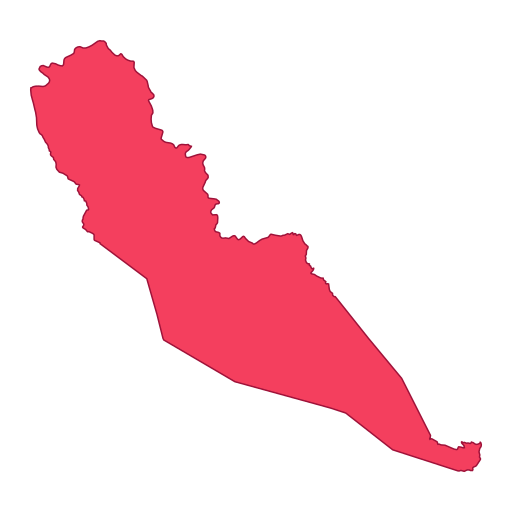 Minas de Oro, Comayagua, Honduras
{"feature_id": "27666195B38768397518774", "entity_name": "Minas de Oro", "entity_type": "district", "adm_level": 2, "iso_a3": "HND", "parent_name": "Honduras", "parent_adm1": "Comayagua", "projection": "mercator", "projection_center": [-87.461, 14.895], "detail": "fine", "context": "isolated", "style": "filled", "palette": "rose", "viewbox_px": 512, "rotation_deg": 0, "n_neighbors": 0, "source": "geoboundaries", "source_scale": "gbopen_adm2", "svg_char_len": 5872}
<svg xmlns="http://www.w3.org/2000/svg" viewBox="0 0 512 512"><path d="M472.5,470.5L472.9,469.6L472.7,468.1L472.8,467.7L473.5,467.1L475.6,466.2L476.4,465.6L480.4,459.5L480.4,458.3L479.7,457.6L479.5,457.0L479.8,454.9L479.0,451.9L479.7,448.6L480.9,446.8L481.2,445.9L481.3,444.4L480.8,442.7L480.3,442.3L480.1,442.9L479.1,443.7L477.8,444.2L476.0,444.4L475.1,444.0L473.1,442.6L471.6,442.2L471.4,442.1L470.7,443.3L470.2,443.5L468.1,443.0L466.3,443.2L464.5,442.4L463.4,442.7L461.8,441.8L461.5,442.1L461.6,442.8L462.1,443.6L463.7,445.3L463.8,445.8L464.1,445.9L464.4,447.7L463.9,447.8L463.1,447.8L460.9,447.1L458.7,446.8L458.3,447.2L457.5,449.2L457.0,449.5L456.5,449.6L454.1,449.1L445.0,445.2L441.1,444.9L439.1,444.1L437.9,444.3L437.3,442.2L437.0,441.7L431.8,438.8L431.3,438.8L429.9,439.3L429.7,438.4L429.8,438.1L430.2,437.9L430.5,435.4L401.7,378.4L368.5,338.4L335.3,296.7L334.5,296.7L333.9,296.4L332.7,295.4L332.5,293.3L330.3,291.6L329.8,290.7L329.3,289.2L328.6,284.0L327.6,283.7L326.5,283.9L325.7,283.5L325.5,283.0L325.8,281.6L323.7,280.0L323.3,279.2L323.2,278.2L320.8,278.0L316.6,276.0L314.5,274.5L311.6,273.8L311.0,273.4L310.9,273.0L311.0,272.7L313.0,270.4L313.6,269.1L313.7,268.3L313.5,268.2L313.0,268.5L312.1,268.7L311.7,268.5L311.1,267.5L310.6,266.1L309.4,265.3L309.4,264.0L309.1,263.8L307.9,263.7L306.8,263.0L306.2,262.1L305.5,260.0L305.9,258.1L305.6,256.9L305.3,256.0L306.3,254.4L306.5,250.5L307.8,248.2L308.0,247.4L308.0,246.7L307.7,246.2L307.1,245.9L306.0,244.7L304.8,243.8L302.9,240.8L301.7,237.0L301.0,235.5L300.5,234.9L299.8,234.5L299.0,234.4L296.7,235.4L296.4,235.2L295.7,233.8L294.9,233.6L294.0,233.9L293.8,234.6L293.3,234.6L292.6,232.7L291.4,233.1L289.7,234.4L287.7,233.7L284.5,235.2L282.9,235.3L281.7,235.9L280.8,236.1L275.2,235.2L271.0,234.2L270.3,234.6L268.8,236.6L268.0,237.4L262.1,239.1L259.5,240.6L256.5,242.9L254.9,243.8L253.9,244.1L253.2,243.9L252.4,243.1L248.6,241.5L245.5,238.4L244.3,236.7L243.6,236.3L242.7,236.6L240.1,239.1L238.7,239.7L238.1,239.6L237.5,239.2L235.4,236.3L235.0,235.9L234.2,235.7L233.4,235.8L232.6,236.1L228.9,238.5L225.5,237.9L223.6,238.2L222.0,238.1L220.9,237.4L220.0,236.0L219.8,235.1L219.9,233.7L219.7,233.1L218.2,232.3L215.9,231.8L215.1,231.1L214.7,230.5L214.3,228.9L214.5,228.5L215.1,228.1L215.3,227.6L215.9,224.8L217.0,223.6L217.5,222.7L217.8,217.9L217.6,216.0L217.2,215.1L216.5,214.7L212.5,214.9L210.8,212.8L210.7,211.9L211.0,210.9L211.6,209.8L214.1,207.8L214.6,206.8L214.9,205.3L215.8,204.2L217.0,203.8L218.1,203.8L218.7,203.5L219.2,203.1L219.3,202.4L219.1,201.7L218.8,201.2L216.2,199.2L213.9,198.8L209.4,198.3L208.4,197.9L208.0,197.1L208.0,195.3L207.6,194.2L203.5,190.5L202.9,189.5L202.7,188.3L202.9,187.2L205.2,182.3L205.7,180.6L207.7,178.4L208.2,177.3L208.0,175.3L205.5,172.6L204.6,171.0L204.5,170.5L204.7,169.0L204.5,167.5L203.2,165.0L202.8,163.7L202.8,162.5L203.3,160.8L205.1,158.7L205.7,157.8L205.8,156.9L205.5,155.9L205.0,155.3L204.2,154.9L200.4,154.1L197.2,154.8L189.3,157.4L187.9,157.6L186.7,157.4L185.9,156.9L185.6,156.1L185.3,153.9L185.5,152.9L186.3,151.7L188.2,150.4L189.1,149.5L191.3,146.7L191.4,146.3L189.3,145.7L188.5,144.7L188.1,144.5L185.9,144.8L183.0,144.5L181.2,144.5L179.3,145.1L178.4,145.9L177.1,147.6L176.4,148.0L175.8,148.0L174.9,147.4L173.7,144.9L172.5,143.9L170.7,143.1L166.2,142.4L165.3,142.1L163.7,141.3L161.3,139.2L161.1,138.6L161.3,137.5L162.8,132.4L162.9,131.8L162.6,131.0L162.1,130.4L161.2,130.0L155.4,128.3L153.1,127.2L152.5,126.5L151.4,122.7L151.1,119.1L151.3,116.8L151.4,115.3L152.9,112.9L152.8,110.5L152.4,109.0L151.3,105.9L148.7,101.1L148.5,100.4L148.9,99.6L151.8,98.7L153.2,97.8L153.9,96.6L153.9,95.2L153.6,94.6L152.4,93.3L150.9,92.0L150.6,91.2L148.8,88.1L148.3,86.8L148.2,85.8L147.2,81.5L146.7,80.3L143.7,77.4L142.3,76.1L141.1,75.5L136.8,72.2L135.3,70.6L133.9,67.5L134.2,62.4L133.7,61.4L133.2,61.2L130.7,61.1L127.7,60.1L126.3,59.3L125.4,58.7L123.2,56.6L121.9,54.4L121.0,53.8L120.7,53.8L119.1,55.3L118.1,55.8L116.7,55.8L114.9,55.1L112.0,52.4L110.2,50.1L108.3,48.6L106.4,45.1L106.2,43.3L104.7,41.6L103.6,41.0L101.5,41.0L99.9,40.7L97.7,41.3L92.0,45.3L89.1,46.8L86.7,47.7L85.5,48.0L83.1,48.0L80.3,46.8L79.5,46.7L77.7,47.0L76.1,47.8L75.2,48.6L74.6,49.5L74.2,52.4L73.6,53.5L70.8,55.2L66.4,57.2L65.5,57.7L64.6,58.6L64.0,60.0L63.6,64.3L63.1,65.2L62.4,65.9L60.3,65.7L57.8,64.9L55.7,63.8L52.4,63.1L51.7,63.3L51.1,63.7L50.5,64.7L49.7,66.5L48.7,67.3L47.2,67.2L43.2,65.5L41.5,65.8L40.2,66.5L39.1,68.8L39.1,69.6L39.6,70.4L40.9,71.8L42.9,73.2L44.2,74.5L47.9,76.9L49.3,78.8L49.7,80.3L49.3,82.0L48.6,83.1L45.9,85.5L44.8,86.1L43.0,86.5L38.9,86.1L35.5,86.2L33.3,86.7L32.4,87.1L31.8,87.7L30.9,87.8L30.7,89.8L31.2,95.1L32.5,100.0L33.4,103.1L34.9,109.6L35.6,112.2L36.5,117.7L36.8,125.0L37.1,126.7L37.6,128.9L39.2,132.6L40.3,134.0L41.3,134.5L42.3,135.6L43.0,137.3L44.3,139.4L45.5,142.1L46.7,143.4L47.7,144.8L48.2,146.0L48.4,147.8L49.3,149.7L49.3,150.8L50.5,151.6L50.8,152.1L50.5,154.2L50.6,154.9L51.4,155.9L53.4,157.5L53.7,159.4L55.4,161.4L55.8,162.2L56.2,164.3L56.0,167.2L56.6,168.8L56.9,169.4L59.4,172.2L62.9,173.2L67.1,175.8L67.5,176.3L68.1,178.7L68.4,179.0L74.0,181.6L74.8,182.4L75.6,183.6L76.3,184.2L78.9,184.6L79.5,185.0L79.1,186.2L77.7,188.5L77.6,190.5L78.7,192.1L79.5,194.4L81.4,195.7L81.7,196.1L81.9,196.9L83.1,197.4L84.0,199.1L84.4,200.8L85.6,201.0L85.9,201.3L86.2,202.2L86.7,203.1L86.9,205.2L88.1,206.9L88.6,209.2L88.5,209.6L88.2,209.9L86.9,210.1L86.6,210.3L83.4,216.2L83.1,217.6L83.0,219.0L82.4,220.1L82.2,221.2L82.5,222.2L83.7,223.9L83.8,224.6L83.6,225.4L82.6,226.9L82.7,227.5L83.2,228.0L85.6,229.5L87.5,231.7L89.1,231.7L92.6,233.4L93.7,234.2L94.1,235.0L94.1,239.4L94.5,240.3L99.8,242.7L100.2,243.2L100.1,243.7L146.8,278.7L157.0,314.4L163.0,338.4L163.8,340.0L234.9,381.7L330.4,408.0L345.7,413.0L392.7,449.8L458.0,470.9L459.5,470.9L460.5,470.5L461.2,470.5L464.2,471.3L465.0,471.0L466.3,470.3L467.6,469.9L469.4,470.0L470.4,470.5L472.5,470.5Z" fill="#f43f5e" stroke="#9f1239" stroke-width="1.5"/></svg>